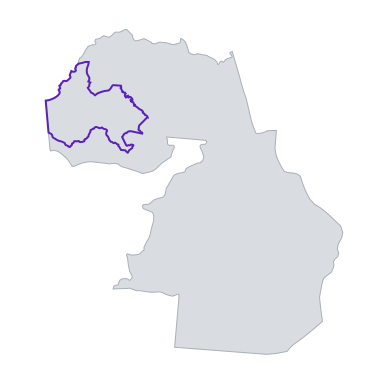 Northern highlighted on a map of Zambia, rotated 275°
{"feature_id": "ZMB-515", "entity_name": "Northern", "entity_type": "Province", "adm_level": 1, "iso_a3": "ZMB", "parent_name": "Zambia", "parent_adm1": "", "projection": "natural_earth1", "projection_center": [30.182, -9.848], "detail": "fine", "context": "in_parent", "style": "outline", "palette": "violet", "viewbox_px": 384, "rotation_deg": 275, "n_neighbors": 0, "source": "natural_earth", "source_scale": "10m", "svg_char_len": 9029}
<svg xmlns="http://www.w3.org/2000/svg" viewBox="0 0 384 384"><g transform="rotate(275 192 192)"><path d="M260.7,270.7L242.9,270.8L236.5,272.4L231.2,274.9L224.9,278.8L221.2,281.5L220.2,283.0L219.7,286.3L219.7,291.5L219.1,295.2L217.2,298.5L207.6,302.6L201.3,306.0L195.2,309.9L190.5,315.0L187.4,321.3L182.1,329.2L171.1,343.1L164.8,345.7L159.4,345.1L152.9,342.2L147.8,341.7L144.0,343.5L140.4,342.9L137.2,340.0L134.5,338.9L132.3,339.7L129.5,339.6L124.4,338.0L119.9,333.0L117.5,330.9L115.7,330.1L110.4,329.3L98.2,328.2L85.6,330.7L74.5,333.2L63.1,322.1L52.1,310.3L49.8,307.4L45.6,303.4L42.7,301.5L41.5,300.6L38.5,290.1L36.8,280.5L35.8,188.2L85.6,188.2L88.8,187.8L89.0,186.9L86.6,181.9L86.7,180.2L87.3,176.8L89.5,170.2L89.6,167.9L88.6,160.7L88.6,156.6L89.2,148.4L88.8,145.6L89.9,141.9L90.3,139.5L90.8,138.4L90.2,135.6L89.1,125.9L88.5,121.8L91.5,122.4L92.5,124.4L93.1,126.6L94.5,126.7L98.0,128.0L99.3,129.8L100.1,133.8L99.6,135.8L98.5,137.4L99.6,138.8L102.0,139.8L103.4,139.5L107.4,136.8L111.1,135.8L113.0,135.1L121.2,133.4L122.8,132.4L124.0,132.4L124.8,133.2L124.1,135.9L123.9,138.4L124.9,143.1L125.7,145.2L127.4,146.8L128.6,147.6L130.0,149.3L132.9,149.0L139.2,151.4L141.1,152.5L143.8,153.6L145.7,154.0L152.2,154.8L159.1,156.1L162.6,156.2L165.2,155.9L166.9,155.2L168.0,154.5L168.5,153.8L171.1,145.0L172.4,144.3L174.1,143.9L175.1,144.7L176.2,150.2L181.2,155.3L182.9,159.5L184.1,163.1L185.2,164.1L187.1,165.3L190.1,165.8L192.8,165.9L206.2,172.0L207.7,173.2L209.3,176.4L210.3,180.2L211.4,183.1L213.1,183.6L214.6,183.9L216.2,185.9L217.3,187.6L221.3,194.9L221.9,197.8L223.8,199.7L226.4,200.5L228.8,200.6L230.2,199.8L233.6,198.3L236.3,196.6L238.2,196.0L239.3,196.3L240.2,197.5L240.8,201.1L242.7,202.4L244.1,201.9L244.6,200.5L244.7,199.7L244.6,161.8L243.4,162.1L241.9,163.2L238.3,163.3L236.9,164.1L236.5,165.3L236.8,166.9L236.9,169.0L236.3,170.1L234.8,170.5L232.6,169.6L228.5,168.5L225.1,167.9L222.7,165.0L219.3,160.8L217.2,158.6L212.0,154.1L211.1,153.2L209.5,151.1L208.1,147.6L206.8,143.5L206.1,140.9L207.4,136.8L210.4,123.7L211.1,119.6L213.6,115.5L213.8,111.8L212.8,107.0L213.0,104.4L213.4,89.3L212.7,84.6L211.0,79.3L207.2,72.0L207.2,70.4L213.0,65.7L214.7,63.9L217.7,60.0L219.8,56.7L221.0,54.1L221.5,50.6L220.5,47.4L222.5,46.7L270.2,38.3L270.9,40.5L272.4,44.3L274.0,47.0L276.1,49.4L277.8,50.9L279.0,51.3L286.3,51.2L289.0,52.6L291.3,54.5L291.8,57.4L293.3,59.2L295.0,60.6L295.7,60.7L296.9,60.4L298.8,60.4L300.7,61.0L301.5,61.6L301.6,64.0L302.2,65.1L304.7,65.5L307.2,65.7L309.6,67.3L312.3,67.6L315.3,68.3L316.8,70.1L320.0,71.9L324.0,73.5L328.4,76.1L328.5,77.0L329.2,78.5L330.0,79.6L330.0,81.3L330.4,82.8L331.5,83.2L332.4,83.3L333.3,82.2L334.5,82.2L335.8,82.9L336.2,84.7L337.2,87.1L338.8,88.7L339.9,90.3L339.5,93.2L338.8,95.8L341.0,98.4L343.9,100.8L344.6,101.9L344.9,105.6L345.3,106.8L347.2,109.8L348.2,111.9L348.1,113.0L342.9,119.0L339.7,119.9L338.3,121.2L337.4,122.5L339.5,128.4L340.6,130.7L339.6,133.6L337.6,138.4L336.6,138.8L336.4,142.5L337.0,143.8L338.1,144.9L338.5,147.3L338.4,153.5L337.1,160.5L339.4,166.6L340.2,167.3L343.4,167.3L344.0,167.8L343.2,169.6L340.9,172.3L336.8,174.4L330.8,176.7L329.6,178.9L328.8,182.1L329.5,184.0L330.2,185.1L330.0,187.9L329.5,190.8L329.6,193.2L329.3,195.2L328.6,196.2L327.5,199.3L326.2,202.5L325.2,203.9L323.7,205.4L321.4,206.6L321.4,207.3L324.1,208.7L324.8,209.7L325.0,210.4L323.9,212.0L325.1,212.9L326.6,213.7L328.0,215.8L329.6,219.7L329.9,220.1L330.4,220.2L331.3,219.7L332.9,218.1L334.1,217.6L335.5,219.8L310.7,229.5L304.9,231.5L296.2,234.9L293.4,236.2L291.1,237.4L268.1,245.0L264.4,246.5L256.3,250.4L256.0,251.0L256.1,252.7L256.8,256.4L258.3,259.7L259.5,261.6L260.2,266.5L260.7,270.7Z" fill="#d9dde1" stroke="#a8b0b8" stroke-width="1"/><path d="M270.3,38.3L271.0,41.3L272.3,44.3L274.0,47.2L275.8,49.4L276.7,50.2L277.8,51.0L279.0,51.5L280.1,51.5L280.7,51.1L281.2,50.7L281.8,50.3L282.5,50.3L282.8,50.6L283.3,51.4L283.6,51.6L283.9,51.7L284.1,51.6L284.3,51.4L285.7,50.9L286.0,50.8L286.2,50.7L286.3,50.6L286.6,50.7L286.7,50.9L286.8,51.5L287.3,52.0L287.6,52.0L288.0,52.0L288.4,52.0L288.8,52.2L289.4,53.0L289.8,53.3L290.8,53.7L291.4,54.2L291.6,55.0L291.5,56.1L291.7,57.5L292.4,58.4L294.9,60.7L295.4,60.9L295.9,60.9L296.5,60.7L297.4,60.1L298.0,60.1L302.0,61.3L301.5,62.6L301.5,64.1L302.1,65.3L303.2,65.7L303.8,65.4L304.1,65.1L304.6,64.9L305.3,65.0L306.0,65.5L306.3,65.6L306.6,65.5L307.1,65.4L307.3,65.4L307.9,65.8L308.9,66.9L309.4,67.4L309.9,67.6L311.0,71.3L312.3,74.7L312.5,77.8L309.6,77.6L306.9,76.8L304.2,76.5L301.1,77.0L298.8,78.4L297.0,79.7L295.0,79.9L293.0,79.1L292.3,81.2L290.5,80.3L288.5,80.4L286.7,79.1L285.3,80.2L283.8,81.7L282.4,82.5L281.7,84.4L279.9,87.0L282.0,89.3L284.0,93.3L285.1,96.6L286.0,100.3L288.0,101.9L290.7,103.2L291.6,104.2L291.7,112.0L290.0,112.4L289.8,112.3L289.7,112.0L289.5,111.8L289.2,111.8L288.7,112.5L288.2,112.7L287.3,113.3L286.8,113.5L286.1,113.6L285.8,113.7L285.7,114.0L285.9,114.3L285.9,114.5L285.4,114.6L285.2,114.7L285.2,114.9L285.2,116.1L285.2,116.5L284.4,117.1L284.2,117.3L283.9,117.0L283.4,116.8L282.9,116.7L282.4,116.7L281.9,116.8L281.5,117.0L280.4,118.0L280.8,118.6L280.9,118.9L281.0,119.1L281.4,119.2L281.6,119.2L281.8,119.0L282.0,119.0L282.3,119.9L281.9,120.1L280.9,120.1L280.7,120.4L280.7,120.7L280.8,121.0L281.3,121.7L281.4,121.8L281.3,122.2L281.2,122.4L281.0,122.6L280.8,122.8L280.8,123.2L279.6,124.4L279.1,124.6L278.6,124.6L278.8,124.3L278.9,124.0L278.9,123.6L278.7,123.3L278.4,123.0L278.3,123.3L278.3,124.1L277.9,124.2L277.4,124.0L277.2,123.7L277.4,123.3L276.9,123.3L276.5,124.1L276.3,125.1L276.1,125.8L275.8,125.9L275.1,126.2L274.8,126.3L274.6,126.4L274.3,126.5L274.0,126.7L273.6,126.7L274.1,127.4L274.0,127.6L273.6,127.6L273.3,127.1L273.1,127.3L272.8,127.6L272.7,127.9L272.6,128.2L272.1,129.3L270.0,132.4L269.4,133.8L269.2,134.6L269.0,134.9L268.4,135.5L268.2,135.6L268.0,136.0L267.8,136.1L267.2,136.0L266.9,136.0L266.6,136.1L266.4,136.4L266.3,136.7L266.1,137.3L266.0,137.6L265.8,137.8L265.6,138.0L265.2,138.0L264.8,138.3L264.5,138.8L264.4,139.5L264.1,140.2L263.1,141.1L262.3,141.4L262.3,141.1L262.2,140.8L262.1,140.6L253.8,133.7L253.3,133.5L252.9,133.4L249.6,133.3L249.2,133.4L249.0,133.5L248.8,133.7L248.7,134.4L248.4,134.9L247.5,135.6L247.3,135.8L247.1,136.2L247.0,136.6L247.0,136.9L246.9,137.1L246.1,137.4L245.8,137.9L245.7,138.1L247.2,126.4L247.1,124.7L247.1,124.4L247.0,124.1L246.3,122.7L246.1,122.4L245.9,122.3L245.2,121.8L245.1,121.5L244.4,119.9L244.2,119.7L243.6,119.2L243.3,119.0L242.3,118.6L241.4,118.1L241.0,117.7L240.8,117.6L240.7,117.6L233.1,122.2L232.7,122.5L232.4,122.9L232.5,123.4L233.0,124.3L233.1,124.5L233.0,124.9L233.0,125.1L233.0,125.4L233.1,125.8L233.2,126.0L233.9,127.1L234.0,127.3L234.0,127.5L233.8,128.3L233.8,129.1L233.7,129.3L233.5,129.5L233.4,129.5L233.2,129.5L232.0,128.7L231.8,128.6L231.7,128.6L230.9,128.7L230.6,128.6L228.1,125.8L227.9,125.6L225.8,124.8L225.6,124.6L225.6,124.3L225.9,123.9L226.4,123.2L227.6,122.0L227.6,121.8L227.7,121.6L227.7,118.0L227.7,117.7L227.8,117.6L231.1,115.2L231.4,114.9L231.5,114.6L231.9,114.5L232.4,114.5L232.6,114.5L232.8,114.5L232.9,114.3L233.0,113.5L233.1,113.4L233.2,113.1L234.3,111.4L234.4,111.0L234.4,110.9L234.1,110.4L233.9,110.0L233.9,109.8L233.9,109.6L234.3,108.8L234.5,108.5L234.7,108.3L234.8,108.1L234.9,107.8L235.0,106.9L235.0,106.6L235.2,106.4L236.0,105.9L236.2,105.7L236.6,105.1L236.9,104.9L237.2,104.7L238.1,104.5L239.0,103.9L239.7,103.6L239.8,103.5L240.0,103.3L240.8,102.4L241.2,102.0L241.5,101.8L242.0,101.5L242.7,101.4L244.0,101.5L244.4,101.6L245.0,101.9L245.5,102.0L245.8,102.0L245.9,101.9L246.2,101.8L246.6,101.4L246.7,101.2L246.9,100.8L247.3,98.5L247.4,98.2L247.5,97.9L247.7,97.6L247.9,97.4L248.3,97.0L248.4,96.9L248.4,96.7L248.1,96.1L247.7,94.9L247.5,94.4L247.6,94.1L247.6,93.9L248.3,91.9L248.4,91.2L248.4,90.9L248.1,89.8L247.9,89.6L247.7,89.4L246.8,89.0L246.6,88.8L246.5,88.6L246.4,88.1L246.4,87.8L246.3,87.6L245.9,87.4L245.6,86.9L245.3,86.4L244.9,85.7L244.7,85.5L244.4,85.5L244.1,85.5L243.5,85.5L243.0,85.5L242.9,85.4L242.7,85.2L242.0,85.0L241.1,84.7L240.7,84.4L240.4,84.3L239.9,84.2L239.4,84.0L239.2,84.0L238.8,84.1L238.6,84.1L238.2,83.8L237.8,83.7L237.7,83.6L237.3,82.9L237.1,82.8L236.7,82.7L236.4,82.4L236.1,82.2L235.9,82.0L235.5,81.0L235.0,80.5L234.8,80.3L234.4,80.3L234.1,80.3L233.9,80.5L233.7,80.5L233.2,80.2L232.9,79.8L232.3,78.0L232.1,77.5L232.0,77.2L232.0,76.9L232.0,76.7L232.1,75.8L232.1,75.6L232.5,75.4L232.8,75.0L232.9,74.5L232.4,72.7L232.4,72.3L232.5,71.4L232.5,71.2L232.3,70.7L232.3,70.4L232.2,70.2L231.8,70.2L231.7,70.2L231.3,69.9L231.2,69.8L230.7,69.6L230.4,69.3L230.2,68.9L229.9,68.4L229.5,68.2L229.3,68.2L229.2,68.2L229.0,68.3L228.7,68.3L228.4,68.2L228.2,68.0L228.1,67.8L227.8,67.6L227.6,67.4L227.3,67.3L226.9,67.0L226.5,66.8L226.3,66.6L226.2,66.3L226.3,65.6L226.4,65.1L226.5,64.9L226.7,64.7L227.0,64.7L227.8,62.1L228.0,61.8L228.3,61.6L229.1,61.3L229.4,61.2L229.5,61.1L229.8,60.6L230.0,60.3L230.9,57.7L231.4,54.7L232.3,52.3L232.5,52.1L232.7,51.8L233.0,51.2L233.8,49.4L234.1,48.9L234.4,48.6L234.5,48.5L234.7,48.3L235.8,47.9L236.6,47.7L236.9,47.4L237.3,47.0L237.7,46.3L238.5,44.5L238.7,43.9L270.3,38.3Z" fill="none" stroke="#5b21b6" stroke-width="2"/></g></svg>